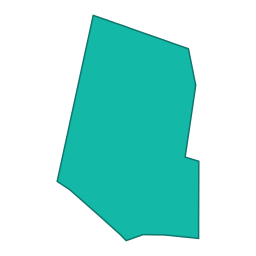 the district of Santa Cruz Papalutla, Oaxaca, Mexico
{"feature_id": "50627088B11288267250354", "entity_name": "Santa Cruz Papalutla", "entity_type": "district", "adm_level": 2, "iso_a3": "MEX", "parent_name": "Mexico", "parent_adm1": "Oaxaca", "projection": "natural_earth1", "projection_center": [-96.589, 16.954], "detail": "fine", "context": "isolated", "style": "filled", "palette": "teal", "viewbox_px": 256, "rotation_deg": 0, "n_neighbors": 0, "source": "geoboundaries", "source_scale": "gbopen_adm2", "svg_char_len": 1135}
<svg xmlns="http://www.w3.org/2000/svg" viewBox="0 0 256 256"><path d="M198.6,222.2L198.7,193.7L198.8,161.3L185.1,157.1L192.3,108.7L195.7,85.3L188.4,48.8L171.0,42.7L156.4,37.5L150.6,35.5L144.3,33.3L137.2,30.8L130.6,28.5L123.4,25.8L123.0,25.7L122.6,25.6L122.0,25.3L121.2,25.1L120.2,24.7L119.6,24.6L119.0,24.3L118.3,24.1L117.8,24.0L117.7,23.9L117.3,23.8L116.7,23.6L116.1,23.4L115.5,23.2L114.8,22.9L113.9,22.6L113.1,22.3L112.4,22.1L111.8,21.8L111.7,21.8L111.1,21.6L110.4,21.4L109.7,21.1L109.1,20.9L108.7,20.7L107.7,20.4L107.2,20.2L106.7,20.0L106.2,19.8L105.6,19.7L105.1,19.5L104.6,19.3L103.8,19.0L103.4,18.9L103.1,18.8L102.9,18.7L102.5,18.6L101.8,18.3L101.4,18.2L100.8,18.0L100.4,17.9L99.7,17.6L99.1,17.4L98.4,17.1L97.7,16.9L97.1,16.7L96.7,16.6L95.9,16.3L95.4,16.1L94.7,15.9L94.1,15.7L93.6,15.5L93.2,15.4L92.6,18.4L90.8,26.7L89.0,35.0L87.0,44.1L83.4,60.6L81.6,68.9L78.0,85.5L76.2,93.8L74.4,102.0L72.6,110.4L70.4,120.3L69.0,127.0L67.2,135.3L63.6,151.9L61.8,160.2L58.2,176.7L57.2,181.4L69.9,189.8L97.8,214.4L120.3,234.6L126.1,240.6L143.1,234.6L164.0,234.9L198.6,238.4L198.6,222.2Z" fill="#14b8a6" stroke="#0f766e" stroke-width="1.5"/></svg>